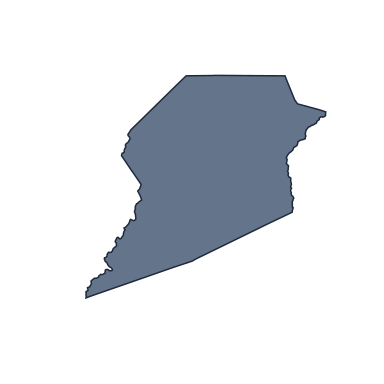 Chapadinha, Maranhão, Brazil, rotated 223°
{"feature_id": "56859067B20875466335569", "entity_name": "Chapadinha", "entity_type": "district", "adm_level": 2, "iso_a3": "BRA", "parent_name": "Brazil", "parent_adm1": "Maranhão", "projection": "mercator", "projection_center": [-43.47, -3.772], "detail": "fine", "context": "isolated", "style": "filled", "palette": "slate", "viewbox_px": 384, "rotation_deg": 223, "n_neighbors": 0, "source": "geoboundaries", "source_scale": "gbopen_adm2", "svg_char_len": 3261}
<svg xmlns="http://www.w3.org/2000/svg" viewBox="0 0 384 384"><g transform="rotate(223 192 192)"><path d="M256.5,291.1L275.5,273.0L275.9,265.7L276.5,253.1L278.1,217.5L278.5,208.6L279.1,195.7L278.4,192.3L278.2,190.5L277.1,189.6L275.9,189.6L274.6,189.3L273.6,188.5L273.3,187.3L272.8,185.4L272.7,184.0L273.1,182.4L272.9,181.2L272.3,180.5L271.5,180.0L270.9,179.2L270.7,177.8L270.3,176.8L269.7,175.9L268.8,175.0L268.9,173.7L269.5,172.7L269.0,171.5L268.3,170.5L250.1,166.3L247.9,165.9L234.3,162.8L232.3,158.3L232.4,157.1L232.4,155.7L229.5,154.7L226.7,153.6L223.4,151.8L223.7,150.7L223.8,149.5L224.2,147.6L224.0,146.4L224.5,145.6L224.2,144.6L223.8,143.2L223.0,142.0L222.2,141.5L221.9,140.5L221.2,139.8L220.9,138.7L220.0,137.9L218.6,137.4L217.6,136.6L216.6,135.7L215.3,134.7L214.6,133.6L214.6,132.6L215.0,131.3L216.0,130.8L218.2,130.2L218.2,129.2L217.1,127.1L216.6,125.2L216.6,123.5L216.5,122.0L216.7,120.6L217.2,119.4L216.4,118.8L215.1,118.7L215.0,117.6L214.6,116.3L214.1,115.2L213.4,114.4L212.5,112.9L212.6,111.6L212.3,110.2L212.2,109.2L213.3,108.3L214.4,108.5L215.4,108.3L215.7,106.9L215.1,105.7L214.9,104.4L214.2,103.2L212.9,103.1L211.6,102.2L210.5,101.2L210.7,99.8L210.9,98.4L211.0,97.0L210.5,95.6L210.0,94.4L209.9,93.0L210.7,92.0L212.0,90.9L211.6,88.6L210.6,87.4L210.3,86.1L210.6,85.0L211.1,84.2L210.5,83.2L209.6,82.9L208.6,82.3L207.7,82.0L206.4,82.4L205.2,81.9L204.0,81.4L202.9,81.1L201.2,81.0L199.7,81.5L198.0,81.3L196.9,80.4L197.6,79.1L198.6,78.1L200.0,78.1L201.0,77.7L202.0,76.8L202.1,75.5L201.0,74.4L200.4,73.2L200.8,71.3L201.8,70.0L202.7,69.4L202.7,68.3L202.9,67.0L202.3,65.9L202.7,64.7L203.4,63.3L204.3,62.8L204.7,61.7L204.9,60.2L205.2,58.4L204.5,57.4L203.4,56.7L202.7,55.6L202.6,54.1L202.0,52.7L202.9,51.7L203.2,50.7L202.4,50.1L201.5,49.7L200.9,49.0L201.3,47.8L201.5,46.7L200.7,45.9L199.8,45.3L199.3,44.3L198.2,43.5L197.3,42.2L195.7,45.5L193.2,50.3L183.9,67.9L177.5,80.0L166.1,101.6L154.5,123.7L144.7,141.6L143.5,145.7L134.3,169.6L132.8,173.5L125.6,192.3L119.1,209.2L115.1,219.7L104.9,245.6L105.7,246.5L106.7,248.3L107.1,249.4L108.2,249.3L108.7,250.1L109.7,250.8L110.3,251.5L111.3,252.5L112.2,253.3L112.2,254.4L113.1,255.4L113.2,256.7L114.4,257.4L115.3,257.6L116.8,257.5L118.1,258.1L119.0,259.4L120.3,259.8L121.3,260.8L121.8,262.7L123.3,262.8L123.8,264.0L124.5,265.4L126.0,266.5L127.3,267.3L128.4,268.6L129.1,269.5L130.3,269.5L131.5,269.1L132.7,269.6L133.5,270.0L133.8,271.0L134.9,271.9L136.2,272.2L136.7,273.6L138.5,275.9L139.3,277.0L140.7,277.1L142.3,277.1L143.0,278.2L143.5,279.1L144.6,280.7L146.4,281.3L146.8,282.8L147.3,284.1L147.3,285.2L147.5,286.4L147.4,287.4L147.1,288.5L147.0,289.5L146.9,291.3L147.3,292.5L147.9,293.7L147.5,295.3L147.1,296.7L147.0,298.0L147.8,299.4L148.4,300.6L148.9,301.4L148.4,302.3L148.2,303.8L147.5,304.7L146.8,305.6L146.1,306.9L145.5,308.2L146.5,309.4L146.8,310.5L148.9,311.8L151.0,315.6L150.8,317.1L151.2,318.4L150.8,319.5L150.2,320.5L150.1,322.1L149.2,323.4L148.8,324.8L148.3,326.3L148.0,327.4L148.7,328.5L148.7,329.6L148.3,331.8L149.4,333.0L148.9,335.1L147.4,335.9L146.5,337.7L146.4,339.0L147.2,339.6L148.8,341.8L153.9,339.5L175.0,328.4L179.9,329.5L184.9,331.8L199.1,338.4L203.2,340.4L212.4,331.9L235.2,310.9L236.5,309.7L237.2,309.1L255.0,292.7L256.5,291.1Z" fill="#64748b" stroke="#1e293b" stroke-width="1.5"/></g></svg>